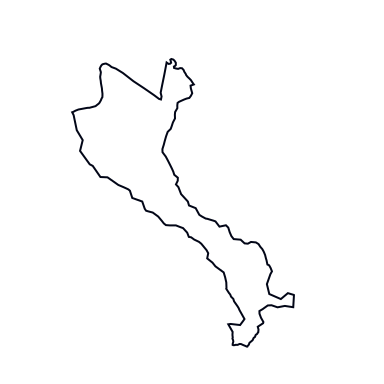 Ayedade, Osun, Nigeria, rotated 133°
{"feature_id": "59680162B94327255764727", "entity_name": "Ayedade", "entity_type": "district", "adm_level": 2, "iso_a3": "NGA", "parent_name": "Nigeria", "parent_adm1": "Osun", "projection": "equal_earth", "projection_center": [4.304, 7.34], "detail": "fine", "context": "isolated", "style": "outline", "palette": "ink", "viewbox_px": 384, "rotation_deg": 133, "n_neighbors": 0, "source": "geoboundaries", "source_scale": "gbopen_adm2", "svg_char_len": 3402}
<svg xmlns="http://www.w3.org/2000/svg" viewBox="0 0 384 384"><g transform="rotate(133 192 192)"><path d="M112.1,264.0L111.7,266.0L110.9,269.2L110.8,271.2L110.8,273.1L110.8,273.8L110.5,275.9L109.9,277.2L109.3,279.7L108.5,281.3L108.3,283.7L109.5,285.2L111.4,286.1L112.6,287.9L113.0,288.7L113.5,289.7L112.6,290.8L111.5,290.4L110.2,290.4L108.5,292.0L107.9,294.4L107.9,296.0L108.8,297.8L110.0,298.1L111.1,296.3L111.7,295.4L113.1,295.5L114.3,296.5L114.6,298.9L117.9,296.8L125.2,292.2L134.2,286.7L140.8,282.6L142.9,279.4L145.5,277.8L146.4,279.6L146.9,284.4L147.1,286.1L148.9,298.3L150.9,310.3L152.1,323.7L153.7,331.8L155.5,336.1L155.6,338.0L155.8,339.4L155.8,339.5L156.7,342.5L157.8,343.4L158.9,344.1L159.8,344.6L161.3,344.6L162.7,344.3L164.7,343.6L166.5,340.4L168.0,339.3L170.3,337.8L171.4,336.6L173.0,334.5L174.6,332.7L175.7,331.2L176.8,329.7L177.7,328.5L179.1,327.0L181.1,324.6L182.4,323.4L183.8,322.2L185.3,321.9L186.7,321.3L188.2,320.9L190.0,320.5L191.1,320.5L192.9,320.8L194.9,321.1L195.0,321.1L200.3,324.4L201.8,325.9L209.1,331.3L211.6,332.5L212.3,332.8L214.2,333.4L215.4,334.0L216.5,331.0L225.4,318.4L228.6,307.3L238.3,301.9L241.5,285.7L240.6,282.4L243.5,269.2L238.9,263.8L237.1,250.7L235.1,245.2L234.0,241.9L233.5,240.3L233.4,238.3L237.1,231.6L232.9,221.9L236.5,215.1L237.0,212.8L236.0,210.8L233.8,206.7L233.0,200.0L233.7,194.3L234.2,191.2L234.0,188.5L231.6,185.5L231.1,185.0L230.8,184.6L227.4,181.0L225.9,177.2L224.5,173.9L225.0,167.8L227.0,163.7L225.7,161.7L225.3,158.0L223.7,152.9L223.5,149.9L224.6,141.7L225.7,138.4L230.2,135.6L229.7,128.8L230.4,124.2L229.2,114.0L231.7,109.7L234.7,105.3L238.7,101.3L239.4,101.0L240.7,95.9L240.7,95.3L241.0,93.9L241.9,92.1L242.0,88.9L243.3,86.6L244.5,80.9L245.1,78.7L246.0,76.7L249.1,67.0L251.0,66.7L256.5,66.1L262.2,73.8L264.0,75.2L266.6,66.9L269.0,64.9L270.6,63.0L271.7,62.4L272.2,61.1L273.3,59.7L275.1,58.8L276.1,58.0L275.9,57.4L275.7,57.1L274.9,56.4L274.7,56.2L274.4,56.1L273.9,55.8L273.7,55.6L273.2,54.9L272.8,54.5L272.4,54.3L272.1,54.1L271.2,53.8L270.5,53.4L269.7,52.3L269.1,50.4L268.3,48.3L267.7,46.5L267.3,46.1L266.8,46.3L264.9,46.3L263.6,46.9L263.1,47.1L259.1,46.6L257.3,47.2L256.6,47.4L255.1,47.1L254.3,47.4L253.6,47.8L253.1,47.9L252.7,47.9L251.5,47.6L250.7,47.7L249.8,48.0L249.4,47.9L247.3,49.5L245.7,52.0L239.5,50.5L238.4,51.1L236.9,55.8L235.0,59.6L233.1,61.5L229.3,60.4L227.7,60.1L223.3,59.2L220.6,56.6L218.0,50.8L212.0,46.4L207.5,39.8L207.2,39.4L198.0,47.0L197.8,47.3L200.6,52.9L209.7,54.0L213.9,65.9L208.3,74.4L198.7,78.6L195.5,79.4L193.9,82.8L193.0,85.6L193.6,87.4L191.0,91.1L190.3,92.4L188.2,95.6L187.8,96.5L187.1,98.0L186.6,99.2L185.8,101.7L185.5,104.7L184.7,107.8L185.3,110.9L188.3,114.8L191.7,115.9L193.7,118.5L193.7,123.9L198.0,129.4L197.4,133.1L195.7,137.0L193.3,141.2L193.2,144.5L198.6,148.3L197.5,154.8L198.3,156.7L199.6,159.3L201.1,162.4L202.1,163.9L203.2,168.2L203.7,171.1L201.3,178.3L203.9,185.0L201.8,188.5L201.4,193.3L201.0,198.5L197.7,205.3L197.4,208.9L193.5,210.1L191.2,212.1L191.5,216.7L190.1,219.2L190.0,219.3L188.6,222.6L187.2,226.3L185.3,231.5L184.0,235.3L183.4,238.6L183.0,240.7L180.8,242.9L176.8,244.8L173.5,246.6L169.0,248.9L164.6,250.8L160.4,250.6L158.0,251.6L154.1,253.4L149.8,254.6L147.2,257.2L145.0,258.9L140.7,259.9L138.6,261.9L136.7,263.3L134.9,263.0L132.5,262.0L129.9,260.9L127.4,259.7L125.0,258.1L122.4,258.4L119.6,259.2L117.0,263.5L115.2,265.6L112.1,264.0Z" fill="none" stroke="#020617" stroke-width="2"/></g></svg>